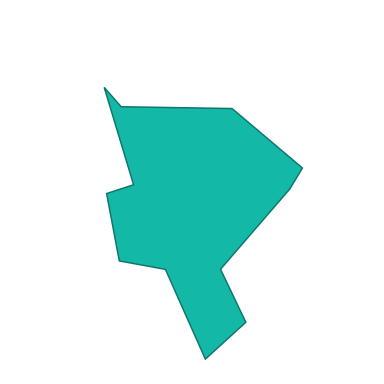 Harrisonburg, Virginia, United States of America (Robinson projection), rotated 320°
{"feature_id": "52423323B43531707652669", "entity_name": "Harrisonburg", "entity_type": "district", "adm_level": 2, "iso_a3": "USA", "parent_name": "United States of America", "parent_adm1": "Virginia", "projection": "robinson", "projection_center": [-78.881, 38.44], "detail": "fine", "context": "isolated", "style": "filled", "palette": "teal", "viewbox_px": 384, "rotation_deg": 320, "n_neighbors": 0, "source": "geoboundaries", "source_scale": "gbopen_adm2", "svg_char_len": 322}
<svg xmlns="http://www.w3.org/2000/svg" viewBox="0 0 384 384"><g transform="rotate(320 192 192)"><path d="M92.0,198.1L121.9,234.2L94.8,328.6L149.5,326.4L164.2,269.5L269.1,252.5L292.0,244.6L276.3,153.8L192.5,81.1L192.0,55.4L151.9,148.9L125.6,138.3L92.0,198.1Z" fill="#14b8a6" stroke="#0f766e" stroke-width="1.5"/></g></svg>